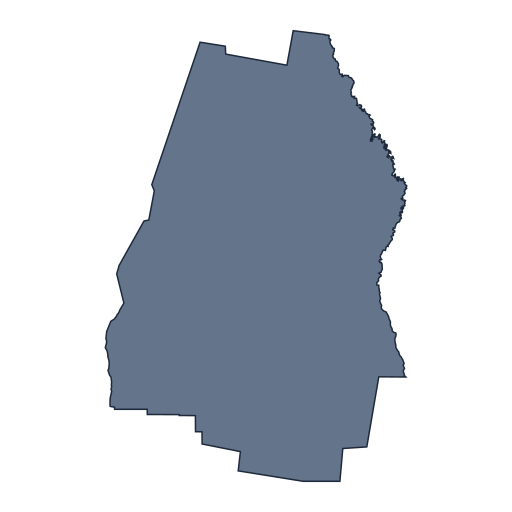 Pelegrini, Santiago del Estero, Argentina
{"feature_id": "61730980B89830542201766", "entity_name": "Pelegrini", "entity_type": "district", "adm_level": 2, "iso_a3": "ARG", "parent_name": "Argentina", "parent_adm1": "Santiago del Estero", "projection": "natural_earth1", "projection_center": [-63.861, -26.197], "detail": "fine", "context": "isolated", "style": "filled", "palette": "slate", "viewbox_px": 512, "rotation_deg": 0, "n_neighbors": 0, "source": "geoboundaries", "source_scale": "gbopen_adm2", "svg_char_len": 6059}
<svg xmlns="http://www.w3.org/2000/svg" viewBox="0 0 512 512"><path d="M381.3,263.3L381.4,262.6L381.2,262.4L379.7,262.4L379.2,261.1L379.9,260.9L379.8,259.9L381.1,259.5L382.2,259.8L381.2,259.0L380.7,258.1L380.2,256.1L380.8,254.7L381.2,254.4L383.1,250.1L385.4,250.4L386.2,246.9L387.1,246.2L388.0,246.5L388.3,246.1L387.8,245.4L388.1,244.9L389.3,243.8L389.5,243.0L390.6,241.6L390.9,240.9L392.3,239.6L392.3,238.5L391.1,236.4L393.4,235.4L393.5,234.7L392.9,233.4L393.0,233.0L394.7,232.0L394.8,231.3L394.6,230.6L392.7,229.7L392.7,229.3L393.3,228.8L393.4,228.0L394.8,228.3L396.1,224.1L397.6,222.4L398.9,222.1L399.6,221.5L400.2,219.3L401.4,218.4L401.3,217.8L400.5,216.3L399.4,215.9L399.3,215.5L399.8,215.3L401.0,215.6L401.2,215.2L400.4,213.7L400.0,214.1L399.8,212.7L400.1,212.0L400.6,211.7L401.4,211.7L401.6,212.8L402.1,212.7L402.5,212.0L402.2,209.9L403.5,208.1L403.5,207.5L402.4,207.7L402.2,208.2L401.3,208.8L401.0,208.8L401.0,207.9L402.3,206.3L403.2,205.8L404.6,205.9L404.9,205.6L404.5,204.6L404.9,203.5L404.9,202.7L404.3,201.9L404.6,201.3L405.2,201.2L405.5,200.6L404.8,200.1L403.0,200.1L402.0,199.7L401.3,199.1L401.2,198.6L402.0,198.5L402.6,199.0L402.8,198.8L402.9,198.1L402.2,196.8L402.4,196.1L403.7,195.3L404.0,194.5L405.0,193.5L404.7,192.9L404.9,192.2L404.3,191.5L404.3,191.2L404.9,190.7L405.2,189.5L406.6,188.6L405.9,187.8L406.3,187.5L406.6,186.8L406.3,186.4L406.7,185.8L404.4,183.5L404.3,183.0L405.1,182.5L404.1,181.7L403.5,180.6L402.2,180.1L403.5,179.0L403.4,178.5L401.7,179.2L401.5,180.6L401.1,180.6L400.5,179.6L401.0,179.0L400.8,178.8L399.6,179.2L398.9,178.8L398.2,179.0L398.1,179.6L398.7,180.7L398.4,181.0L397.4,180.7L396.6,178.9L398.2,177.8L398.9,178.0L399.2,177.6L399.0,177.0L398.4,177.3L397.8,176.9L396.7,177.5L394.9,177.4L394.9,177.1L395.5,176.5L395.3,174.2L394.6,174.4L394.6,175.0L394.0,175.8L392.8,175.7L392.5,175.1L392.1,175.5L391.9,175.3L391.9,174.4L393.0,172.7L394.1,171.6L394.0,171.1L395.1,169.2L394.9,169.0L394.1,169.5L393.7,169.0L392.9,165.8L392.8,164.2L393.9,164.4L394.3,164.1L392.8,161.9L393.1,161.0L392.7,160.7L391.9,161.2L391.6,161.0L391.8,160.5L390.9,159.2L391.0,158.9L392.3,158.8L392.4,157.9L393.6,158.4L393.3,157.6L393.0,156.5L392.4,156.3L391.6,157.2L390.1,157.0L389.7,156.7L389.4,155.9L388.4,155.3L387.7,156.3L388.1,157.4L387.0,156.8L388.5,153.7L389.8,152.7L390.8,153.4L390.7,152.1L390.5,151.4L389.9,151.6L389.8,152.2L389.2,152.2L388.7,151.8L388.7,151.4L389.5,151.1L389.3,150.5L388.7,150.1L387.7,149.8L386.0,150.2L387.2,145.7L387.1,144.8L386.8,144.4L386.1,144.5L386.0,145.1L386.7,146.0L386.3,146.1L385.3,145.3L384.8,147.0L384.7,147.6L384.9,148.0L385.6,148.0L385.7,148.4L384.8,148.8L384.1,148.4L383.8,147.5L383.9,146.8L384.5,145.4L384.4,144.7L385.0,143.6L384.9,143.0L384.2,142.5L384.6,140.9L384.1,140.7L382.2,143.0L381.8,142.7L381.5,140.9L381.9,140.1L381.5,139.4L380.4,138.8L378.7,138.9L378.9,138.2L380.2,137.1L379.9,136.0L380.2,135.3L380.1,134.7L379.5,134.3L378.7,135.1L378.3,136.4L376.9,137.4L375.9,136.7L375.0,136.8L374.7,137.2L374.0,136.5L374.5,135.9L375.1,134.1L374.7,133.9L373.8,134.7L373.3,134.8L372.9,135.1L372.6,135.9L372.6,136.4L372.9,136.7L372.5,137.7L372.8,139.3L372.4,139.3L372.3,138.9L371.7,139.0L372.1,140.5L372.0,141.2L370.5,141.0L370.5,139.5L372.0,135.6L372.5,133.1L372.3,131.0L371.7,130.6L371.7,129.5L372.6,128.4L372.7,127.9L373.3,127.8L374.5,129.7L375.1,129.0L374.8,128.0L373.5,126.9L373.3,125.9L372.9,125.4L372.9,124.5L372.0,125.1L371.1,124.5L371.1,124.1L373.2,123.9L373.5,123.4L373.6,122.2L373.2,121.6L372.3,121.1L372.6,119.7L369.9,118.2L369.0,116.4L369.3,115.7L370.1,115.1L369.6,114.6L368.1,114.6L367.3,113.8L366.2,113.6L365.3,111.2L364.3,110.7L364.3,109.9L364.6,109.4L364.4,109.1L362.8,109.7L362.8,110.3L363.5,111.2L363.1,111.4L361.9,110.5L362.0,110.0L362.5,109.9L362.4,109.3L360.9,108.9L359.4,107.8L359.7,107.4L361.2,107.7L361.6,106.5L361.3,105.3L360.4,105.2L359.9,104.7L357.4,105.6L356.6,105.3L357.5,103.5L357.1,102.8L356.6,98.8L356.2,98.2L354.7,98.5L354.0,98.0L353.9,97.5L354.6,96.9L354.6,96.4L353.1,96.6L352.6,96.9L351.7,96.4L351.7,95.2L351.0,94.7L350.9,94.0L351.4,92.4L350.8,91.0L350.9,90.0L352.3,87.2L352.0,86.6L352.8,85.7L352.9,84.4L354.1,83.0L353.6,80.7L352.9,80.2L351.4,77.9L349.1,77.4L348.3,75.6L344.2,75.3L343.5,75.7L343.3,76.5L342.8,76.7L341.8,76.4L342.3,74.8L342.1,74.1L341.2,74.6L339.7,73.9L339.3,72.4L339.3,70.0L339.1,69.4L337.6,68.1L338.5,65.6L338.4,63.6L336.9,61.3L336.2,61.4L335.9,61.0L335.4,60.3L335.2,59.0L334.0,58.6L332.9,56.7L332.9,55.0L333.6,54.1L333.3,52.8L334.1,51.4L334.4,48.7L334.0,48.3L332.3,47.7L332.3,46.8L330.5,44.2L330.0,42.5L330.0,40.7L330.7,40.3L330.7,39.6L330.3,39.1L329.1,38.8L328.9,37.3L329.1,35.5L327.8,35.0L325.6,35.2L325.2,34.6L293.2,30.7L286.9,65.2L225.7,54.1L225.3,46.2L200.1,42.2L151.8,184.6L154.3,190.9L148.8,220.0L144.0,221.0L119.2,265.3L116.7,273.9L123.9,303.1L119.8,310.0L119.3,311.5L118.0,313.8L117.1,314.6L117.0,315.4L114.4,319.0L110.8,321.3L106.7,331.4L105.9,338.5L106.6,341.1L106.5,343.0L105.3,347.7L107.2,351.2L107.8,354.6L107.8,356.4L109.0,360.9L109.2,363.3L108.8,368.6L108.1,369.9L108.1,370.8L109.6,375.2L111.0,377.2L111.6,381.8L111.4,385.0L111.6,387.6L111.0,389.2L111.7,391.2L110.1,398.5L110.0,405.0L110.2,406.4L114.5,407.2L114.6,409.3L147.2,409.3L147.3,414.5L179.2,414.6L179.2,415.5L195.4,415.6L195.5,431.7L202.0,431.8L202.1,444.0L240.4,451.6L238.2,470.9L303.1,481.3L339.9,481.3L342.8,448.5L366.8,446.9L378.8,376.8L405.9,377.0L405.4,376.3L404.2,376.1L404.2,374.0L403.5,372.5L403.3,370.6L404.5,368.5L403.1,365.1L404.1,363.7L403.5,361.8L402.8,359.9L401.0,356.9L399.5,355.0L398.7,351.9L397.2,350.0L395.8,347.2L395.9,345.3L394.9,341.3L394.9,338.6L395.7,336.5L396.1,334.4L395.7,332.9L394.0,332.5L392.1,330.8L392.1,328.9L390.4,325.5L390.4,321.6L389.0,318.6L388.8,317.1L387.3,314.0L386.0,311.9L383.5,310.8L382.1,309.5L381.2,308.0L381.6,305.3L380.4,303.0L379.7,300.5L380.6,298.8L379.5,294.0L380.1,292.5L379.3,291.4L379.3,289.5L378.8,287.6L378.8,285.3L376.8,284.9L376.8,282.6L378.6,280.9L378.4,279.0L379.2,277.4L381.1,276.1L381.1,275.1L378.8,273.2L381.2,272.1L381.4,270.9L382.3,269.4L382.0,263.9L381.3,263.3Z" fill="#64748b" stroke="#1e293b" stroke-width="1.5"/></svg>